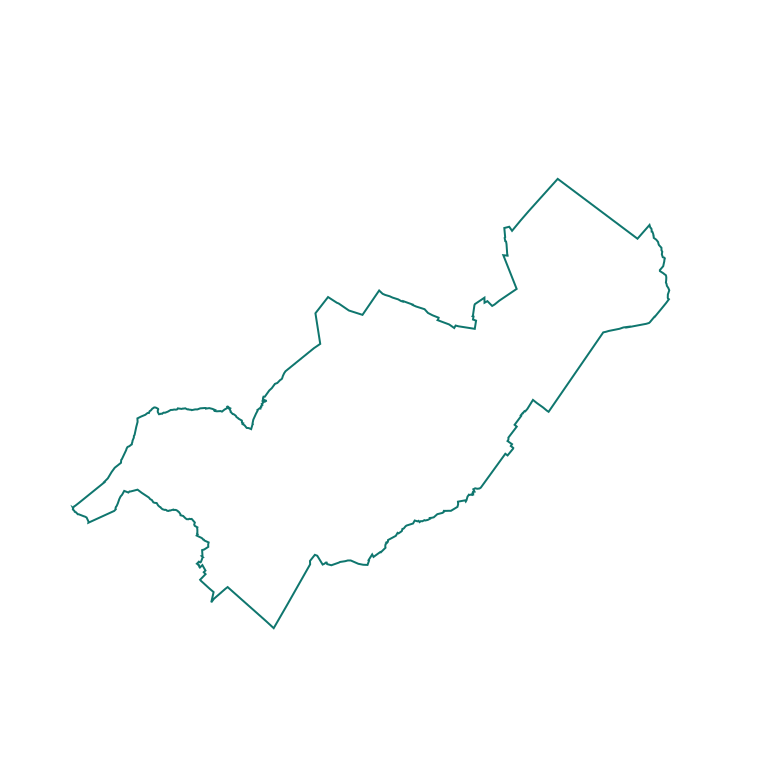 outline of Loreto, Zacatecas, Mexico, rotated 124°
{"feature_id": "50627088B14254391912134", "entity_name": "Loreto", "entity_type": "district", "adm_level": 2, "iso_a3": "MEX", "parent_name": "Mexico", "parent_adm1": "Zacatecas", "projection": "natural_earth1", "projection_center": [-101.92, 22.274], "detail": "fine", "context": "isolated", "style": "outline", "palette": "teal", "viewbox_px": 768, "rotation_deg": 124, "n_neighbors": 0, "source": "geoboundaries", "source_scale": "gbopen_adm2", "svg_char_len": 6142}
<svg xmlns="http://www.w3.org/2000/svg" viewBox="0 0 768 768"><g transform="rotate(124 384 384)"><path d="M159.6,360.7L172.0,362.2L185.4,363.5L183.6,368.1L187.4,371.5L194.6,365.6L195.4,365.7L197.8,363.3L197.6,362.5L199.6,360.6L208.3,353.8L208.2,353.5L208.5,353.3L210.5,357.1L231.0,327.2L250.4,335.0L256.3,336.8L258.8,338.0L257.5,344.6L260.4,346.1L256.3,349.0L266.9,353.3L268.1,353.1L277.4,348.6L278.3,348.5L278.0,347.5L280.8,346.3L280.0,343.1L287.5,339.6L294.5,354.5L295.5,357.3L298.3,357.1L298.2,363.3L301.1,375.3L299.9,375.3L298.5,375.8L299.9,382.2L300.5,387.3L299.3,392.2L301.8,400.7L302.5,404.5L302.1,404.6L304.6,414.5L305.1,414.3L305.7,416.5L305.9,419.5L307.6,425.3L308.1,428.4L309.5,432.8L310.0,435.6L309.2,440.3L338.7,440.5L342.7,454.2L342.6,466.7L343.0,468.4L343.2,479.0L363.7,480.4L386.4,459.3L393.4,462.1L428.5,472.8L430.9,472.8L434.0,472.3L435.9,471.7L437.2,471.6L438.8,472.3L442.8,473.0L444.9,474.5L450.2,474.7L453.5,475.5L461.2,475.7L461.9,476.8L463.4,476.4L464.4,475.8L464.1,475.3L464.4,474.9L463.8,472.5L464.0,472.3L465.3,472.9L464.8,474.5L465.8,475.3L466.2,475.1L466.6,474.0L467.5,473.8L468.9,474.2L469.4,473.1L470.3,473.4L471.4,473.0L471.6,473.4L473.4,472.7L473.6,473.5L476.4,474.4L476.7,473.9L480.3,473.5L486.7,472.4L490.3,470.9L490.6,470.3L491.1,470.4L495.7,468.9L496.2,471.5L497.2,473.3L496.2,476.5L496.3,478.8L495.3,478.8L495.5,480.1L494.9,480.7L494.2,480.9L493.8,481.5L494.1,485.2L493.9,485.6L493.9,487.8L493.2,489.1L493.1,491.9L493.5,492.6L492.9,495.6L492.3,495.8L492.0,496.6L491.5,497.1L490.9,499.3L490.7,498.7L490.8,498.8L491.0,498.4L490.2,498.1L490.4,499.6L490.0,500.3L490.1,501.0L490.5,501.3L491.8,500.6L494.3,501.9L497.5,502.9L497.8,504.3L500.1,507.3L501.1,509.4L501.0,509.7L500.0,509.5L500.6,512.4L501.7,515.4L504.0,517.9L503.6,518.3L504.0,519.0L507.0,522.8L509.3,524.4L510.6,526.3L513.2,528.8L513.2,529.4L514.3,531.4L514.4,532.1L515.0,532.8L515.3,535.2L516.5,536.4L516.7,536.9L517.8,537.8L519.5,541.3L520.5,541.2L521.6,542.1L522.5,543.7L523.6,544.7L524.8,546.3L527.7,547.7L530.3,549.5L530.9,550.6L531.6,551.0L532.8,551.3L533.2,552.2L534.3,553.0L534.9,553.7L533.6,556.0L532.7,556.6L531.1,557.1L530.9,557.5L531.2,560.1L531.9,561.4L534.1,562.3L536.2,562.5L537.6,563.1L539.5,562.7L539.9,563.5L540.8,564.0L542.9,564.6L546.7,567.1L550.4,569.2L553.2,567.1L558.1,565.4L565.7,562.3L566.9,562.3L568.4,561.4L571.5,560.8L573.0,560.1L574.3,559.8L575.1,559.3L576.2,559.8L577.9,560.3L579.6,561.4L581.4,561.3L583.0,560.8L592.8,559.3L593.9,559.4L596.4,558.0L604.0,560.4L609.4,560.6L616.7,560.2L621.7,561.2L621.7,560.8L652.4,570.2L657.7,571.9L658.6,572.4L659.7,572.5L660.5,572.3L660.5,572.8L660.8,572.3L661.9,571.9L662.0,571.7L662.3,569.8L662.9,568.9L662.6,567.7L663.2,565.0L662.7,564.2L661.5,558.8L661.2,558.0L661.0,555.9L663.4,551.9L664.3,551.5L640.1,536.7L637.8,536.3L637.2,537.1L635.9,537.5L634.7,537.4L631.9,537.9L627.4,539.1L624.5,539.5L622.3,539.2L617.9,539.6L616.9,535.2L615.4,534.9L614.8,534.0L609.4,529.2L609.7,524.0L609.6,515.5L610.2,513.4L610.0,511.6L611.1,509.0L610.7,507.6L609.8,505.9L611.0,503.3L611.3,501.2L611.1,500.5L611.4,499.8L611.7,497.7L611.0,495.4L610.5,494.9L610.2,493.8L610.4,493.0L610.1,492.3L609.7,491.6L608.9,491.3L608.7,490.7L605.9,488.4L606.0,487.8L605.2,486.9L604.6,485.4L604.7,484.5L604.6,484.0L604.9,483.1L604.8,482.4L605.1,481.6L605.9,479.8L606.6,479.3L605.7,476.7L606.3,473.7L606.4,472.0L605.5,470.5L604.6,470.0L604.2,468.9L603.4,468.0L604.6,463.4L606.7,462.7L607.4,461.6L607.2,458.6L607.7,458.6L608.7,457.6L611.6,455.6L612.3,455.5L612.7,454.5L613.1,454.7L614.4,454.6L613.6,449.0L613.8,447.6L614.1,447.0L613.8,446.2L614.2,445.4L613.4,440.8L615.4,440.0L617.3,438.6L621.7,440.5L623.4,441.9L628.0,438.4L628.6,438.9L628.9,437.2L629.2,437.4L633.7,436.3L634.5,436.4L634.8,436.9L634.8,438.1L637.6,438.6L637.5,436.6L638.0,436.4L638.0,435.7L638.8,435.0L639.1,434.0L635.7,433.3L638.5,427.7L640.8,428.2L641.4,425.6L649.1,427.0L649.5,425.9L651.2,414.3L651.8,408.9L661.6,405.1L657.2,404.9L642.6,401.0L639.8,400.1L646.6,348.8L648.1,338.9L621.1,340.8L574.8,344.4L572.1,346.4L564.3,345.8L563.7,343.3L568.0,333.9L566.2,332.8L564.6,332.4L564.1,331.7L565.1,330.4L563.7,326.3L557.4,321.6L556.1,320.9L552.6,317.1L550.5,315.3L548.9,312.9L547.4,304.7L545.5,300.2L543.2,296.5L538.9,297.6L538.8,298.3L531.9,298.5L533.2,296.0L525.3,293.1L525.3,292.5L518.9,291.2L517.7,292.3L516.0,293.1L514.0,292.7L513.9,293.4L512.5,292.6L511.1,293.4L503.3,289.3L499.8,289.5L499.7,288.4L496.9,287.3L495.9,287.0L493.8,287.7L493.3,287.1L492.5,286.8L490.1,286.6L488.8,286.2L483.4,281.9L480.0,282.2L479.1,279.4L478.1,278.8L478.6,277.3L477.1,276.8L476.3,275.4L474.3,274.4L474.2,273.6L472.2,271.7L469.8,270.4L469.4,271.0L468.1,269.5L466.7,268.2L462.1,267.0L458.1,263.4L457.3,263.1L456.3,263.3L456.4,262.9L455.9,262.7L455.7,262.7L455.4,263.0L451.7,257.6L444.8,254.4L442.2,255.3L440.2,256.9L435.1,251.7L435.7,250.5L434.3,250.6L430.6,251.8L428.3,251.7L428.3,251.2L427.0,250.0L426.7,248.8L426.1,248.6L425.9,248.8L425.7,248.3L424.9,248.8L425.2,249.5L424.1,249.8L423.9,249.4L423.4,249.7L422.6,248.8L421.3,251.1L419.5,250.1L418.7,248.1L417.2,246.4L415.8,245.8L374.0,244.4L374.1,241.6L365.3,240.8L364.7,241.1L364.5,244.2L362.3,244.2L362.2,249.7L360.8,249.7L359.8,250.2L358.9,250.9L345.1,250.1L344.8,252.9L333.7,252.4L333.6,253.1L330.6,252.8L330.6,252.5L328.1,252.4L327.8,252.3L327.7,251.6L324.5,251.2L313.9,251.6L314.3,246.7L314.5,239.0L315.0,234.1L315.0,232.0L218.6,231.1L216.5,229.1L214.3,227.3L206.5,219.6L203.3,217.2L200.0,213.5L200.6,213.6L198.9,211.8L187.4,200.2L185.2,198.4L184.0,198.1L177.0,197.4L177.0,197.1L165.7,196.0L159.0,195.4L154.4,195.2L154.3,196.4L153.8,197.0L151.1,198.7L146.8,199.9L145.4,202.0L144.4,204.4L142.9,205.9L142.3,207.0L140.5,207.9L138.0,209.4L136.7,210.5L136.1,211.5L136.2,212.9L136.0,214.0L136.1,218.4L135.3,219.0L130.2,218.4L125.2,220.4L124.3,221.0L123.0,221.3L122.5,222.1L123.0,223.8L121.1,226.2L118.7,227.3L118.0,228.7L115.9,230.2L115.1,233.6L114.5,234.6L113.0,236.2L112.6,237.4L112.1,239.1L112.0,242.1L110.9,242.9L110.5,243.5L110.2,243.5L108.7,245.2L107.7,246.7L108.0,247.3L105.9,248.9L105.4,250.1L105.4,250.7L103.7,252.8L121.8,255.1L116.8,354.7L159.6,360.7Z" fill="none" stroke="#0f766e" stroke-width="2"/></g></svg>